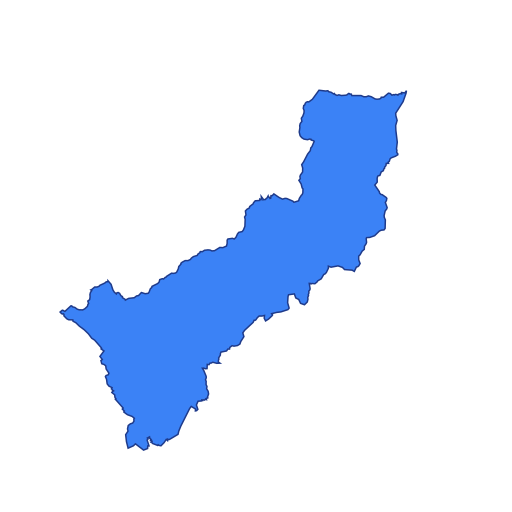 Barbatesti, Vâlcea, Romania (Mercator projection), rotated 50°
{"feature_id": "2599482B91105393466893", "entity_name": "Barbatesti", "entity_type": "district", "adm_level": 2, "iso_a3": "ROU", "parent_name": "Romania", "parent_adm1": "Vâlcea", "projection": "mercator", "projection_center": [24.104, 45.179], "detail": "fine", "context": "isolated", "style": "filled", "palette": "blue", "viewbox_px": 512, "rotation_deg": 50, "n_neighbors": 0, "source": "geoboundaries", "source_scale": "gbopen_adm2", "svg_char_len": 6107}
<svg xmlns="http://www.w3.org/2000/svg" viewBox="0 0 512 512"><g transform="rotate(50 256 256)"><path d="M321.0,477.5L322.6,471.9L322.4,469.1L332.4,466.9L333.8,462.8L331.9,461.0L332.7,460.0L327.2,457.8L326.8,457.3L326.8,456.1L325.6,456.2L326.1,453.8L327.3,454.5L328.4,454.3L329.3,455.3L329.7,454.4L331.3,454.9L331.2,455.5L330.8,455.5L331.0,456.0L331.3,455.6L333.0,455.8L337.9,453.1L337.7,452.3L338.5,452.2L340.3,450.8L339.9,446.5L338.8,442.6L340.6,442.4L339.7,441.3L340.3,441.2L340.9,440.2L342.5,430.4L340.5,427.7L338.0,423.0L330.2,404.9L329.6,402.3L334.3,400.7L335.7,402.0L336.3,400.9L336.1,399.1L331.8,397.4L330.0,393.7L331.9,391.1L331.4,390.2L332.5,389.8L332.1,389.0L333.2,388.2L333.2,387.2L334.2,386.3L333.1,385.9L333.7,384.1L332.8,383.7L331.2,381.0L328.8,379.6L326.0,379.2L324.4,377.4L322.4,376.9L319.9,374.7L318.4,374.3L317.3,372.4L316.1,371.5L310.1,369.6L307.5,369.2L308.3,368.1L309.8,367.3L310.8,365.9L307.7,363.0L309.0,361.9L308.5,360.0L309.2,359.2L309.6,357.4L313.0,355.0L314.9,352.5L313.0,353.0L311.7,351.8L311.1,350.7L310.1,350.2L309.0,347.0L308.0,346.2L307.1,344.6L309.8,339.6L309.2,337.4L310.3,336.1L309.2,334.9L309.3,332.0L310.9,330.8L312.7,327.7L313.1,324.9L311.7,322.6L310.0,317.1L306.4,315.5L305.6,312.5L305.0,300.9L304.0,298.7L304.7,298.0L304.8,297.1L304.1,294.6L304.0,292.2L305.9,289.9L307.0,287.7L308.9,289.7L311.9,290.4L312.4,286.9L312.1,282.1L311.8,281.2L310.2,281.1L312.5,276.4L314.8,272.9L317.6,266.0L317.2,264.1L312.1,261.8L307.7,257.6L306.6,256.0L309.7,251.0L313.7,252.5L316.8,251.2L320.9,252.3L324.5,250.2L324.2,246.3L322.6,244.1L320.9,242.9L320.1,241.2L319.4,241.0L318.3,239.2L316.9,238.2L316.5,236.4L315.7,235.5L311.2,232.8L312.1,231.9L312.8,231.8L313.0,230.8L315.1,228.7L315.1,225.7L314.7,224.9L315.4,220.7L313.7,216.0L314.1,214.7L313.9,212.8L311.9,208.4L310.3,207.1L312.8,205.7L316.3,199.5L320.3,197.1L323.3,196.9L328.6,191.5L331.0,190.6L329.0,186.2L329.6,184.9L329.6,183.6L328.7,181.1L325.0,179.8L322.1,177.4L322.0,175.6L320.5,171.5L320.5,168.8L318.2,166.6L317.4,163.8L316.6,162.5L313.6,160.5L313.0,159.5L314.9,156.9L316.7,152.1L316.2,145.4L316.8,143.4L318.3,141.2L317.9,139.4L311.5,133.7L308.9,132.9L307.4,131.9L304.5,128.1L304.0,125.6L303.2,124.4L298.1,122.5L297.4,120.5L295.9,118.7L294.6,118.7L290.1,119.9L289.2,120.7L287.3,120.9L285.9,120.2L278.0,119.4L277.3,115.6L274.5,113.4L273.2,111.7L273.1,110.9L273.9,109.3L272.1,106.1L272.5,103.6L271.5,102.3L271.5,101.2L270.6,100.3L270.3,98.4L268.8,96.7L270.2,94.9L269.1,94.5L269.1,92.9L267.8,91.0L267.7,89.4L269.2,85.1L269.6,82.3L268.9,81.7L267.0,81.6L265.5,80.0L264.4,79.7L259.6,74.6L249.8,68.2L245.8,65.1L242.8,60.7L238.3,58.6L236.4,57.2L232.3,44.1L227.8,36.5L226.1,34.5L226.7,37.2L224.3,39.4L225.4,40.2L224.4,41.0L223.7,42.8L224.0,43.9L223.2,44.1L221.7,45.5L221.6,46.5L220.7,47.0L220.2,48.5L217.8,48.7L216.4,49.9L216.4,56.2L214.9,58.0L215.3,58.6L215.2,60.3L213.7,62.5L212.2,63.8L208.1,65.3L205.6,67.0L204.9,69.1L203.4,71.0L200.6,72.4L194.7,79.5L193.3,78.9L192.3,80.0L191.7,80.0L191.0,80.6L191.0,82.9L190.5,83.9L187.9,87.5L185.8,88.9L185.1,90.7L183.0,91.7L181.9,91.5L181.7,92.4L178.9,93.2L176.9,94.7L175.6,94.7L174.4,96.6L169.5,101.2L172.2,112.1L171.9,116.5L170.9,117.4L170.5,118.8L170.7,120.1L171.6,121.6L171.4,122.7L173.3,124.9L175.6,125.7L177.3,127.4L179.0,130.4L179.6,132.7L182.4,134.4L182.9,136.9L184.3,138.8L185.9,139.9L188.8,143.2L192.2,144.9L194.7,144.9L197.3,144.1L200.0,141.8L200.9,139.7L202.1,138.8L202.6,139.2L204.9,137.7L205.6,137.8L208.2,142.9L208.4,144.5L210.2,146.7L211.1,150.9L214.5,159.1L215.4,162.3L218.6,163.7L221.6,166.3L222.6,170.1L223.5,171.4L225.2,172.3L225.6,174.5L229.8,175.1L233.5,176.9L234.8,176.9L237.7,179.5L238.6,181.1L238.6,182.2L239.7,185.7L241.1,187.9L239.2,192.4L237.7,192.5L231.7,195.5L230.5,196.7L229.5,199.1L226.0,200.7L219.9,202.4L220.2,204.8L219.4,205.7L221.2,207.6L220.9,208.3L219.9,207.9L218.7,208.5L217.8,208.1L218.6,210.1L218.5,211.5L218.8,212.4L217.4,214.5L216.9,213.9L213.8,213.7L215.4,214.8L216.0,215.9L214.8,216.4L215.8,217.5L213.2,221.1L213.6,223.6L214.2,224.6L214.0,229.0L214.9,230.2L214.4,232.9L214.7,235.2L218.1,237.3L218.8,239.7L220.9,240.7L226.1,245.4L228.0,249.0L228.4,250.9L226.8,254.0L227.2,256.0L228.8,259.4L229.0,261.7L227.3,262.7L224.9,266.6L225.3,267.9L227.8,270.0L229.4,272.2L228.3,276.0L226.2,278.2L225.3,284.3L223.8,286.5L221.9,287.4L220.4,288.9L218.5,291.8L218.2,294.3L216.9,295.7L216.9,296.3L217.4,296.8L217.2,299.3L217.8,300.6L216.2,304.4L216.1,306.9L216.5,308.5L215.8,311.1L214.0,313.2L213.3,316.5L213.3,318.2L214.0,318.8L214.4,321.9L215.9,323.8L217.4,327.2L217.3,328.6L216.2,330.5L214.9,331.7L214.1,337.7L214.4,338.6L214.0,339.5L214.2,341.6L213.2,342.3L212.2,344.9L213.7,347.0L213.9,349.0L212.4,355.2L213.1,356.1L213.2,358.0L215.0,361.2L215.3,362.5L213.7,365.1L210.3,367.3L210.8,371.4L209.8,373.2L209.7,376.1L206.6,380.8L205.8,384.4L205.2,384.1L202.0,385.1L201.2,384.4L199.6,385.0L196.9,384.5L195.3,385.1L194.8,386.3L195.3,387.4L192.5,387.8L190.0,387.4L184.5,385.2L179.8,385.3L180.5,385.9L179.5,387.4L179.5,389.3L178.1,394.4L178.3,395.8L177.6,397.7L176.1,399.5L176.1,403.3L175.8,404.3L176.9,404.1L177.5,406.2L178.7,407.9L180.8,409.5L182.5,411.5L182.4,413.8L184.8,414.8L185.0,415.8L186.2,417.5L186.4,421.2L185.9,423.4L183.6,426.0L181.9,427.1L179.0,427.8L176.9,429.3L175.8,429.2L175.2,429.9L175.6,438.0L173.3,438.9L173.0,439.4L173.0,442.1L175.2,442.0L176.1,441.5L176.3,440.8L177.2,440.6L178.4,441.6L182.5,441.3L184.4,440.5L187.2,437.4L188.3,438.1L191.3,436.9L196.2,436.4L202.1,435.0L207.8,434.4L213.4,434.7L216.7,433.7L226.5,433.5L227.5,433.6L227.6,434.4L231.0,433.5L232.6,440.1L236.5,440.3L236.4,442.0L239.4,443.4L241.5,442.1L243.5,441.7L246.2,443.4L251.2,444.0L252.0,445.5L251.2,447.7L251.6,448.9L254.3,449.7L258.3,452.2L261.1,452.3L264.3,450.9L264.8,452.2L265.7,451.9L266.5,452.3L268.3,451.4L267.4,452.3L268.0,453.9L267.2,454.3L271.5,453.5L273.6,454.9L275.3,455.1L275.3,455.8L287.1,455.5L287.3,456.8L290.2,456.5L290.5,457.5L290.9,457.5L294.9,456.5L299.3,454.0L302.1,453.5L302.4,454.4L304.1,455.7L304.7,457.9L303.8,460.1L303.7,462.8L305.9,465.6L307.9,466.6L309.1,470.7L315.0,474.6L321.0,477.5Z" fill="#3b82f6" stroke="#1e3a8a" stroke-width="1.5"/></g></svg>